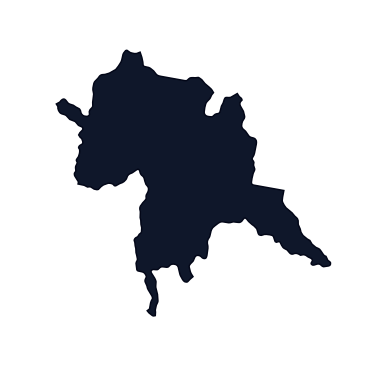 Concepción de la Vega, La Vega, Dominican Republic (Natural Earth projection), rotated 10°
{"feature_id": "3306468B4333912279461", "entity_name": "Concepción de la Vega", "entity_type": "district", "adm_level": 2, "iso_a3": "DOM", "parent_name": "Dominican Republic", "parent_adm1": "La Vega", "projection": "natural_earth1", "projection_center": [-70.509, 19.202], "detail": "fine", "context": "isolated", "style": "filled", "palette": "ink", "viewbox_px": 384, "rotation_deg": 10, "n_neighbors": 0, "source": "geoboundaries", "source_scale": "gbopen_adm2", "svg_char_len": 5990}
<svg xmlns="http://www.w3.org/2000/svg" viewBox="0 0 384 384"><g transform="rotate(10 192 192)"><path d="M282.2,174.6L252.1,174.5L250.7,174.4L249.4,173.7L249.0,172.8L248.8,171.9L248.7,168.1L249.0,163.0L249.8,159.8L249.8,158.5L247.9,154.9L247.8,152.1L247.2,151.1L245.7,149.6L245.4,148.9L245.6,147.6L246.5,145.1L246.8,142.8L247.0,133.9L246.9,132.2L246.5,130.6L246.0,129.8L244.7,128.6L243.4,128.2L240.1,127.9L238.4,127.1L234.2,122.9L231.0,120.9L229.8,119.5L229.3,118.0L229.2,115.4L229.5,113.4L230.7,110.4L230.8,109.4L230.7,108.4L228.6,103.6L224.8,99.0L224.0,97.6L223.8,96.6L223.8,95.6L224.3,94.3L225.3,92.8L225.0,92.1L224.6,91.5L223.9,90.9L222.0,89.9L219.5,87.2L213.8,92.0L212.4,92.5L209.1,93.0L208.4,93.5L208.1,93.9L207.7,95.3L207.2,99.1L206.1,102.3L205.7,107.8L205.5,108.7L205.0,109.6L204.4,110.1L202.5,110.8L201.4,111.4L200.6,112.3L199.6,113.7L199.0,114.2L198.1,114.6L195.7,114.8L194.2,114.8L192.7,114.5L191.8,114.0L190.8,113.0L190.4,112.2L190.1,111.1L189.9,106.6L190.2,102.7L190.5,101.6L191.2,100.2L193.2,97.2L193.6,96.3L194.5,92.9L195.9,90.4L194.0,88.2L192.6,87.0L185.9,83.0L182.1,79.7L179.4,78.4L178.3,78.1L175.6,78.9L172.1,79.4L170.3,80.0L169.1,81.2L167.9,82.9L167.2,83.3L165.8,83.6L141.4,83.5L139.3,83.4L137.8,83.1L136.5,82.4L133.1,79.4L129.5,77.4L127.8,76.9L123.6,76.7L122.8,76.5L122.1,76.0L121.7,75.2L121.0,72.6L119.2,68.1L116.6,63.3L113.5,65.2L111.2,65.7L108.7,65.6L106.9,65.4L103.5,63.8L102.7,63.9L102.0,64.4L100.6,67.0L100.2,68.4L99.9,74.3L99.5,76.4L97.7,80.8L95.8,84.4L95.2,85.0L90.0,89.3L86.0,91.3L83.0,92.1L81.8,92.8L80.9,93.8L79.6,96.4L77.3,99.8L76.8,100.8L76.5,102.3L76.4,106.6L76.7,108.7L77.9,111.8L78.2,112.9L78.6,120.8L79.4,124.8L79.0,126.1L77.4,128.5L77.1,129.4L76.9,130.8L77.6,133.4L77.4,134.2L76.9,134.9L75.8,135.7L74.4,135.9L72.6,135.9L71.2,135.5L69.7,134.4L68.9,133.3L68.0,131.2L67.1,130.1L66.4,129.6L62.9,128.5L60.1,127.2L56.4,126.7L55.1,126.3L54.3,125.8L51.6,123.4L50.5,122.8L49.6,122.7L48.3,123.3L47.1,124.7L46.1,126.5L44.9,127.4L43.1,128.9L45.1,131.1L45.5,133.1L46.5,135.0L47.9,136.5L48.7,137.1L50.1,137.6L53.3,138.0L54.7,138.4L59.0,141.7L64.5,142.8L65.3,143.3L68.4,145.9L69.3,146.3L72.3,147.0L72.9,147.5L73.4,148.2L73.6,149.0L73.6,149.5L73.2,150.3L71.3,153.1L70.5,155.5L72.5,157.7L73.6,158.2L74.2,158.7L75.5,160.9L75.9,162.1L75.9,163.0L75.6,163.8L73.5,165.6L73.0,166.3L72.6,167.5L72.7,168.2L73.8,169.4L74.1,170.2L74.4,171.7L74.5,173.4L74.1,176.8L72.7,179.9L72.6,180.7L72.8,181.3L73.7,182.5L73.9,183.3L73.7,184.5L73.0,186.9L73.1,188.3L73.9,191.2L73.8,192.0L73.0,193.8L73.0,194.6L73.4,195.9L74.0,196.8L78.4,201.7L78.4,203.9L84.7,204.1L88.2,205.2L90.3,204.6L91.5,204.6L95.1,206.1L97.8,206.2L98.7,206.0L99.4,205.6L101.4,202.6L103.2,200.7L104.0,200.1L107.9,197.9L109.8,197.6L111.6,197.7L112.8,198.0L114.4,199.2L115.2,199.3L116.0,199.0L119.3,196.3L121.8,194.8L123.3,193.4L124.7,191.3L125.1,190.4L125.7,187.4L126.6,185.8L127.6,184.9L129.9,183.4L133.6,179.7L134.7,179.0L135.5,179.0L136.2,179.4L136.9,180.4L137.6,182.1L138.4,183.2L139.3,184.1L140.9,185.0L141.9,185.9L142.6,187.0L143.6,189.3L145.3,192.4L147.5,194.3L148.3,195.4L148.6,196.3L148.8,197.9L148.5,199.9L147.5,202.9L147.5,204.2L148.0,206.2L147.9,207.0L147.3,208.3L145.4,211.2L143.6,215.0L143.4,216.5L143.6,217.9L144.6,220.5L145.4,226.2L146.5,228.8L147.4,232.8L148.7,235.9L149.2,240.1L148.8,241.2L147.4,242.8L146.3,245.5L144.7,246.7L143.9,247.7L143.5,248.9L143.5,249.7L144.5,251.6L145.4,254.8L146.5,257.4L147.4,261.4L148.6,264.0L149.9,267.4L150.0,268.6L149.4,270.6L149.3,272.0L151.2,278.1L151.8,278.8L152.6,279.1L157.2,279.3L158.6,279.7L159.8,280.5L161.4,282.4L161.8,283.7L161.2,286.0L161.1,286.9L161.2,287.9L161.6,288.8L163.9,292.2L164.9,294.5L165.8,295.8L170.3,301.0L170.9,301.8L171.5,303.1L171.6,304.0L170.8,306.4L170.5,308.5L170.5,314.5L168.5,316.7L170.6,318.5L174.1,320.4L174.9,320.7L175.8,320.7L177.3,320.1L176.9,316.7L176.3,314.6L176.5,309.7L177.3,306.6L177.4,305.8L177.3,304.9L175.8,298.9L172.9,292.3L172.6,290.8L172.2,287.2L172.0,286.2L171.2,284.8L170.3,283.5L165.8,278.5L165.4,277.2L165.6,276.3L166.5,275.4L167.2,275.0L170.3,274.7L171.5,274.4L172.1,273.9L173.6,271.9L175.0,270.9L176.4,270.7L180.1,270.5L181.3,270.1L181.9,269.6L183.1,267.8L184.4,266.7L186.2,266.2L188.5,266.2L190.3,266.9L191.5,268.3L194.3,274.9L195.1,276.3L198.0,279.9L199.1,280.9L200.0,281.4L200.8,281.7L202.6,281.6L203.3,281.1L205.3,278.1L207.7,275.2L205.2,272.4L204.1,270.6L202.2,266.3L202.1,265.3L202.3,264.3L203.0,262.9L205.0,260.0L205.3,259.1L206.1,255.6L206.8,254.4L207.5,253.8L208.8,253.3L210.6,253.4L211.9,253.9L213.7,255.1L214.9,255.4L216.2,255.3L216.9,254.8L217.2,254.5L217.5,253.6L217.7,252.1L217.4,244.7L217.0,242.5L216.0,239.9L215.7,237.9L216.0,235.9L217.0,233.3L217.2,232.2L217.5,227.1L217.8,225.5L218.6,223.5L220.3,221.4L223.5,217.9L225.5,216.4L227.4,216.0L233.5,215.9L235.0,215.5L237.8,214.2L242.8,213.9L244.3,213.6L245.1,213.1L246.0,212.2L247.2,209.8L247.9,208.8L248.5,208.4L249.3,208.4L250.4,209.0L252.9,211.2L256.8,213.6L258.9,214.6L261.7,216.6L262.3,217.2L264.5,221.5L265.4,222.4L266.6,222.7L267.9,222.6L270.6,221.2L272.5,220.8L276.1,220.6L278.5,220.8L279.3,221.2L280.0,221.8L282.2,225.9L282.7,226.5L283.8,226.8L286.0,225.8L286.8,225.8L287.5,226.1L289.5,228.9L291.3,230.8L292.6,231.5L295.7,232.5L298.7,235.0L299.5,235.5L300.4,235.8L301.2,235.8L302.1,235.6L303.9,234.6L305.7,234.3L307.5,234.5L309.9,235.4L312.1,234.5L313.0,234.3L314.9,234.5L317.7,235.8L320.3,236.5L321.5,237.0L322.0,237.6L322.5,238.5L322.5,239.1L321.8,240.8L321.8,242.0L322.4,242.6L323.5,243.0L324.7,242.8L327.8,241.2L329.7,240.8L330.9,241.1L333.3,242.5L334.6,242.7L339.3,241.1L340.4,240.4L340.8,239.6L340.9,238.8L340.6,237.5L339.7,236.7L337.7,235.8L335.1,232.1L333.7,231.8L332.5,231.1L328.6,227.1L327.5,226.2L326.2,225.7L323.5,225.0L319.2,222.5L316.5,219.3L313.7,218.3L308.9,215.6L306.8,213.3L306.2,212.5L305.0,209.7L302.4,205.8L302.1,204.8L301.5,201.8L300.6,200.2L299.6,199.3L297.2,197.8L294.2,195.2L287.4,191.3L285.2,189.2L283.3,186.8L282.5,185.4L282.3,184.4L282.1,181.2L282.2,174.6Z" fill="#0f172a" stroke="#020617" stroke-width="1.5"/></g></svg>